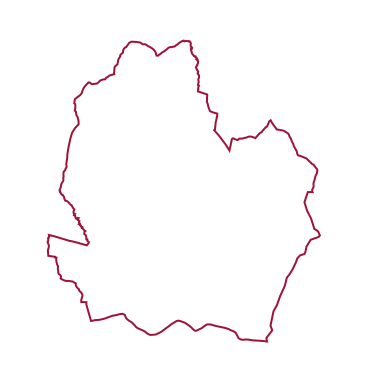 the district of Apata, Brasov, Romania, rotated 100°
{"feature_id": "2599482B72383256366849", "entity_name": "Apata", "entity_type": "district", "adm_level": 2, "iso_a3": "ROU", "parent_name": "Romania", "parent_adm1": "Brasov", "projection": "equal_earth", "projection_center": [25.479, 45.953], "detail": "fine", "context": "isolated", "style": "outline", "palette": "rose", "viewbox_px": 384, "rotation_deg": 100, "n_neighbors": 0, "source": "geoboundaries", "source_scale": "gbopen_adm2", "svg_char_len": 5944}
<svg xmlns="http://www.w3.org/2000/svg" viewBox="0 0 384 384"><g transform="rotate(100 192 192)"><path d="M336.6,269.0L334.9,264.9L334.4,262.5L333.6,260.0L331.9,256.2L327.7,248.9L326.4,245.2L324.9,242.1L324.1,239.7L324.0,239.0L324.6,237.1L325.1,236.5L326.9,235.5L327.6,235.0L328.3,234.1L329.5,232.1L331.0,228.4L333.3,225.2L334.6,223.7L335.4,222.2L336.0,220.3L337.1,215.5L337.9,213.5L338.9,211.9L339.6,210.2L340.0,208.4L339.1,204.5L338.5,202.7L335.3,198.3L328.4,191.7L325.4,189.0L323.7,186.9L322.3,185.5L321.4,184.0L321.0,182.7L321.2,180.6L322.1,175.9L323.6,172.8L324.0,171.7L325.4,169.3L327.2,166.8L327.9,165.6L328.1,164.6L327.8,163.6L324.4,158.8L320.5,155.1L319.7,153.9L319.3,151.6L319.3,149.6L319.8,145.4L320.1,135.9L320.7,131.8L321.3,130.1L321.9,127.2L322.4,125.8L323.0,124.6L324.1,123.6L327.8,120.9L328.5,119.1L328.8,117.4L328.6,115.5L328.0,113.9L327.6,111.2L327.5,106.2L326.5,97.2L326.2,92.1L323.1,93.4L321.5,92.7L314.3,89.0L309.8,91.5L295.3,91.0L289.0,88.8L279.1,87.1L268.4,84.3L259.8,83.7L256.1,81.6L250.7,79.5L242.7,77.3L239.1,76.8L235.7,74.6L233.5,70.5L231.5,69.9L225.9,69.8L218.4,66.8L214.3,59.5L212.6,58.5L209.2,60.8L208.0,62.6L207.2,65.0L197.2,70.3L190.3,75.5L182.5,79.5L172.0,77.9L171.5,75.5L171.2,73.3L170.6,73.7L168.7,74.0L165.8,73.1L163.8,73.6L162.0,73.9L158.7,73.4L154.6,73.1L152.0,72.2L148.9,72.3L147.9,72.8L143.9,77.2L143.7,78.4L139.0,85.3L137.7,91.5L137.4,94.2L136.3,94.8L133.8,95.9L132.1,97.2L129.1,99.7L127.0,100.7L124.8,102.6L123.5,103.1L122.1,104.0L120.6,105.5L118.7,106.5L117.8,107.4L116.2,111.0L115.7,112.7L115.6,116.0L115.7,119.5L114.0,121.0L111.5,123.8L109.5,125.6L107.7,127.0L109.2,128.3L113.8,129.2L114.7,129.6L115.1,130.4L119.7,133.3L120.7,133.6L121.7,134.5L122.2,135.4L128.0,139.0L127.7,139.8L127.2,142.8L127.2,144.0L127.7,145.9L128.9,147.8L129.4,149.0L129.5,149.5L130.5,151.2L131.2,154.6L131.9,155.4L132.7,155.8L133.0,156.3L132.3,159.7L132.0,160.3L132.0,160.9L132.4,161.6L133.2,161.9L144.7,162.3L139.3,167.2L131.5,175.6L127.3,180.9L126.5,180.2L118.8,180.8L117.7,180.6L115.1,180.6L113.5,180.4L111.8,180.5L110.4,180.8L109.9,185.5L109.3,188.2L108.2,189.0L104.8,190.9L102.8,191.7L100.6,193.0L98.3,193.2L97.3,193.5L94.6,193.7L93.3,194.0L91.9,203.6L89.8,203.6L89.6,204.0L88.6,203.8L87.9,204.0L87.1,203.8L86.8,203.9L86.0,203.6L85.5,204.8L82.5,204.5L80.3,205.3L79.4,205.3L78.1,204.9L77.7,204.9L77.1,205.2L75.9,205.4L75.6,205.7L75.2,206.3L74.6,206.6L74.1,207.1L73.7,207.1L73.0,206.8L72.3,206.8L71.6,207.5L71.1,207.8L70.9,208.3L70.4,208.5L70.1,208.9L69.7,209.0L68.5,209.8L67.9,209.7L66.3,208.8L65.5,209.0L64.6,208.5L62.8,208.5L62.3,208.8L62.1,209.0L61.9,208.9L61.0,209.3L61.0,209.7L60.5,209.9L60.8,210.3L60.8,210.5L60.7,210.6L60.3,210.4L60.2,210.8L59.6,210.4L59.4,210.7L59.1,210.8L58.8,211.3L58.5,211.5L58.5,211.8L57.8,212.1L57.9,212.4L58.1,212.7L58.1,212.8L57.7,213.3L57.7,213.8L56.9,214.4L56.7,214.8L56.4,215.1L56.0,215.7L55.3,216.0L54.8,216.6L53.8,216.7L52.3,217.7L51.7,217.7L51.3,217.4L51.3,217.2L50.9,216.9L50.8,217.0L50.8,217.8L50.6,217.9L50.1,217.5L50.1,217.3L49.7,217.1L49.4,217.6L49.2,217.9L48.5,218.6L47.4,219.0L46.3,218.8L45.3,219.2L44.0,220.4L44.0,220.5L44.3,220.8L44.0,221.7L44.3,222.0L44.2,223.2L44.2,223.9L44.9,225.4L44.9,225.6L44.3,226.3L44.4,226.7L44.8,227.1L45.0,227.8L47.2,230.3L49.2,232.0L50.8,233.7L51.7,234.4L51.9,234.8L52.3,236.2L52.7,236.7L52.8,237.1L53.0,237.6L53.0,238.6L54.1,240.3L56.0,241.7L57.1,242.9L58.2,243.6L58.4,244.0L59.8,245.7L61.6,247.1L62.6,248.4L63.1,248.6L63.7,249.1L63.7,249.6L63.6,250.2L63.8,250.7L61.4,251.8L60.1,252.6L58.2,254.8L57.5,256.2L56.4,258.9L56.1,260.3L54.7,263.3L54.6,264.2L55.0,265.3L55.0,266.4L54.0,268.4L53.8,269.0L53.9,272.3L54.3,276.7L54.6,278.0L56.2,279.9L60.7,281.9L61.1,282.8L62.8,284.0L64.8,284.4L66.7,284.2L68.1,285.4L69.9,286.5L70.9,286.2L73.9,287.5L79.1,287.6L82.2,289.9L84.4,289.8L86.8,289.5L88.0,289.6L89.5,289.1L91.6,293.5L93.2,294.9L94.5,296.4L96.1,297.0L96.4,298.6L98.1,301.7L99.8,302.8L101.6,304.3L103.2,309.1L103.2,309.3L102.0,311.8L102.0,312.9L106.4,315.8L108.4,316.7L110.0,317.2L113.9,317.8L116.0,319.0L120.8,323.4L125.0,323.4L125.4,322.7L126.5,322.0L129.8,321.5L132.2,321.6L133.0,320.3L136.5,319.1L137.9,317.8L141.6,316.1L145.0,315.4L149.1,318.2L154.6,320.4L161.0,321.1L170.1,321.4L176.1,321.3L178.4,321.1L179.6,320.8L186.2,320.7L188.8,319.9L189.7,320.0L191.2,320.6L192.2,320.6L193.7,321.4L194.2,321.9L194.7,321.9L195.2,321.8L196.5,321.8L199.3,321.1L200.3,321.3L201.5,320.9L203.4,320.7L204.3,321.1L204.8,321.4L206.2,321.9L207.6,322.1L210.6,322.1L211.5,322.5L213.2,322.8L213.6,322.6L214.0,322.0L214.8,322.2L216.1,320.8L216.6,320.6L217.0,319.7L217.6,319.1L217.5,318.6L218.3,318.0L218.9,317.3L220.2,316.6L220.7,316.6L221.2,316.3L222.6,315.3L222.5,313.9L223.5,311.9L224.6,310.7L225.8,309.0L226.1,308.1L228.1,306.7L229.6,304.8L231.6,305.3L232.8,305.1L233.8,304.6L234.0,303.4L235.4,304.1L235.8,302.9L237.4,302.3L238.3,301.6L238.0,300.5L237.3,300.0L237.4,299.1L239.2,299.8L239.9,298.6L239.9,298.0L240.1,297.8L241.3,298.1L242.2,297.3L243.2,297.9L243.3,297.4L243.3,296.5L243.5,296.4L243.9,296.7L244.2,296.6L244.5,295.5L245.3,295.3L245.5,294.0L246.4,294.1L246.2,293.5L247.3,292.8L248.5,291.4L249.0,290.3L249.7,291.0L252.0,290.8L253.0,289.1L255.2,288.1L257.0,287.8L256.9,286.8L258.5,286.4L259.1,285.1L259.9,284.8L262.8,286.3L261.7,297.4L261.4,301.4L261.4,303.9L259.4,321.2L259.2,325.2L259.6,324.9L260.2,324.9L260.3,325.2L260.9,325.1L261.7,325.4L261.6,325.1L263.0,325.4L265.4,325.1L265.7,325.5L266.6,325.4L269.4,323.7L270.8,323.5L272.5,323.5L274.2,323.8L276.1,323.4L279.8,322.4L279.6,315.4L280.4,315.3L280.3,314.1L282.7,313.9L284.4,313.3L286.9,312.2L288.4,311.0L290.4,310.9L295.6,309.3L296.1,308.6L296.4,307.8L296.9,307.0L297.4,306.6L298.1,306.3L300.0,306.4L300.9,303.9L301.5,301.1L301.0,297.9L300.9,293.8L301.8,292.0L302.0,290.7L304.2,290.1L305.1,289.6L306.9,287.4L307.4,286.5L308.6,286.0L309.4,285.1L310.3,283.6L312.1,282.1L313.6,281.9L317.6,282.3L319.7,281.9L318.8,276.9L321.2,276.5L336.6,269.0Z" fill="none" stroke="#9f1239" stroke-width="2"/></g></svg>